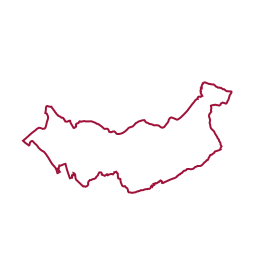 outline of Buchin, Caras-Severin, Romania, rotated 200°
{"feature_id": "2599482B78488778616963", "entity_name": "Buchin", "entity_type": "district", "adm_level": 2, "iso_a3": "ROU", "parent_name": "Romania", "parent_adm1": "Caras-Severin", "projection": "orthographic", "projection_center": [22.172, 45.329], "detail": "fine", "context": "isolated", "style": "outline", "palette": "rose", "viewbox_px": 256, "rotation_deg": 200, "n_neighbors": 0, "source": "geoboundaries", "source_scale": "gbopen_adm2", "svg_char_len": 5623}
<svg xmlns="http://www.w3.org/2000/svg" viewBox="0 0 256 256"><g transform="rotate(200 128 128)"><path d="M222.3,80.1L218.8,78.7L217.0,78.3L215.2,77.7L214.8,78.3L215.1,80.8L214.5,82.3L213.7,83.0L213.0,83.0L210.5,81.7L207.9,80.6L207.1,80.2L205.6,79.0L203.0,77.8L200.9,77.2L198.8,76.9L196.4,75.5L192.5,72.7L189.8,70.4L186.9,68.2L182.7,65.9L180.7,63.9L178.9,61.5L178.1,62.2L178.3,62.5L177.1,63.5L180.1,65.8L179.3,66.4L179.5,66.7L179.6,68.9L179.7,69.3L179.2,69.4L178.8,69.4L178.5,69.5L176.1,71.8L174.5,72.9L170.8,67.5L169.9,66.6L169.6,66.0L165.9,61.5L165.8,61.3L165.3,60.9L164.8,61.3L164.5,61.7L163.6,62.1L164.4,64.3L164.3,64.8L163.5,64.7L162.9,65.0L163.2,65.4L163.5,66.7L163.7,67.0L163.3,67.0L162.5,66.7L161.7,66.0L160.2,63.0L159.6,62.2L158.9,61.6L150.2,57.8L149.8,58.1L149.3,58.0L148.6,58.4L147.8,58.3L146.7,59.3L146.1,60.7L146.1,61.2L146.2,61.8L146.6,62.3L146.8,63.9L146.8,64.2L146.3,65.2L146.1,66.0L145.4,66.2L144.6,66.7L144.4,66.9L144.0,67.6L142.3,68.7L142.0,69.1L141.6,69.4L141.3,69.7L141.2,70.1L141.2,70.8L140.9,71.6L140.4,72.5L140.2,73.1L140.1,73.4L140.1,74.8L139.9,75.6L139.9,76.0L139.6,76.6L138.2,77.0L137.9,77.0L136.7,75.9L136.6,75.2L134.4,75.2L133.5,75.1L133.1,75.8L132.4,76.4L132.3,77.0L132.2,77.1L131.8,77.4L131.5,77.4L131.0,76.8L130.8,76.7L130.1,77.6L128.5,78.8L127.7,79.2L126.3,79.3L126.2,79.8L125.5,81.1L125.7,81.8L124.9,82.2L124.0,82.9L122.8,81.9L122.2,81.8L121.9,81.5L121.1,79.3L120.0,77.4L119.6,77.3L118.4,77.5L117.6,77.4L117.4,77.0L117.3,76.3L117.0,75.8L116.5,75.2L116.1,74.4L113.7,71.8L112.5,71.5L112.0,71.7L111.2,72.3L110.9,72.3L109.8,71.4L109.2,71.4L108.2,71.1L107.8,70.8L106.8,69.6L106.2,68.4L105.3,67.8L104.6,68.1L101.9,68.5L98.8,70.3L98.0,71.2L97.1,71.9L96.6,72.0L96.4,72.3L96.2,72.5L95.5,72.9L94.9,73.6L94.8,73.9L94.3,74.1L94.0,74.1L93.1,74.5L92.3,75.0L91.3,76.0L88.8,77.4L88.7,77.3L88.2,77.7L87.1,78.1L86.9,78.3L86.4,79.3L86.2,79.9L86.4,81.0L86.1,81.8L85.5,81.5L85.6,81.8L85.3,81.9L85.3,82.2L85.1,82.3L85.0,82.1L84.8,82.2L83.7,83.8L84.1,84.2L84.5,83.6L85.0,84.1L84.4,84.7L84.0,84.9L83.2,85.6L82.7,85.8L82.4,85.7L81.9,86.2L81.3,87.0L80.8,87.6L80.8,87.9L80.5,88.0L80.2,88.2L80.2,88.3L80.6,88.0L80.1,88.7L79.9,89.2L79.6,89.8L79.3,89.8L79.3,89.6L78.8,89.7L78.7,89.5L78.1,89.4L78.2,89.2L77.7,88.9L77.5,88.7L76.8,88.4L76.9,88.1L76.5,88.1L76.2,88.3L75.2,89.5L71.7,92.9L70.6,94.0L66.8,97.2L65.6,98.5L65.6,99.1L64.8,100.5L64.5,100.7L64.4,101.3L63.8,101.9L63.7,102.1L63.2,102.3L63.1,102.5L63.1,103.1L62.9,103.3L61.9,104.3L61.6,105.3L61.4,105.6L61.4,105.8L60.9,106.7L60.7,106.8L60.4,107.2L60.1,107.3L59.2,107.9L58.5,109.6L56.7,110.4L54.9,110.7L54.2,111.0L53.5,111.5L52.6,112.2L52.3,112.7L52.0,113.5L51.6,114.3L50.6,115.0L49.8,115.8L49.7,116.1L47.1,117.0L46.0,118.1L44.9,120.5L44.6,121.5L43.8,122.7L43.2,123.8L43.1,124.6L42.7,124.9L42.2,125.1L42.1,125.3L41.9,126.6L42.0,127.8L41.7,128.5L41.5,130.6L41.4,130.8L40.2,131.5L39.5,132.8L38.5,134.1L38.4,134.4L38.4,135.4L38.1,135.8L34.9,138.2L33.7,139.5L33.9,139.6L34.2,140.6L33.8,142.7L35.3,144.0L36.2,145.8L37.9,146.9L38.5,148.0L40.7,149.4L41.1,150.2L42.2,150.9L44.5,152.7L45.9,154.2L49.6,155.9L50.6,156.8L51.8,159.0L53.1,160.8L53.5,163.5L55.9,166.7L56.3,168.6L55.3,171.8L56.1,172.9L56.3,173.8L56.3,174.6L56.4,175.1L57.7,177.3L56.8,178.1L54.9,179.1L54.1,179.7L49.9,180.3L49.0,181.6L49.1,182.3L48.9,183.0L47.7,184.3L44.3,184.4L43.8,185.0L43.7,186.7L43.3,189.1L43.6,193.7L42.9,196.5L43.2,197.5L43.3,197.6L44.7,197.3L46.9,196.6L47.9,196.4L48.6,196.5L51.2,197.3L51.9,196.9L53.0,197.2L54.1,197.3L54.3,197.5L54.7,197.3L55.9,197.3L56.8,196.8L57.4,196.7L58.0,197.0L59.4,197.0L60.3,197.4L61.2,197.9L62.6,198.2L63.7,197.7L66.1,197.4L66.7,197.1L71.0,197.2L71.8,197.0L72.0,196.8L72.5,196.0L73.0,195.7L72.8,195.0L73.2,193.6L73.0,192.6L72.3,190.6L72.7,190.6L73.1,191.3L73.1,190.9L73.3,190.5L72.8,189.8L72.8,189.2L72.6,188.8L72.6,187.6L72.3,187.4L72.2,187.2L71.9,187.2L71.7,185.8L71.0,185.1L70.3,184.7L70.1,184.3L69.2,183.6L69.8,183.2L69.8,182.8L70.4,182.1L70.8,182.2L71.3,181.9L72.0,181.8L72.7,181.1L72.7,180.5L72.9,179.9L72.5,179.3L72.9,179.2L73.0,178.9L73.7,178.0L74.4,176.7L74.8,174.9L75.6,172.9L78.3,164.1L80.0,160.2L81.8,156.4L83.6,153.6L84.7,152.6L85.8,152.6L88.0,152.8L90.3,152.8L91.0,152.7L92.0,151.7L92.5,149.8L92.3,148.3L92.5,146.8L94.4,141.2L95.1,140.5L96.2,139.9L97.9,140.1L99.7,140.8L101.8,140.5L103.1,140.0L104.3,139.4L106.6,139.6L107.6,139.5L108.4,139.3L109.4,139.2L111.3,139.6L112.6,139.4L113.6,139.8L115.2,141.0L117.2,140.1L120.3,137.7L121.2,136.4L122.3,135.3L123.6,132.0L124.1,131.1L127.3,128.5L127.8,127.6L128.1,126.6L129.6,123.8L131.3,121.5L132.9,120.2L134.4,119.3L136.1,118.7L137.1,118.8L138.4,119.7L139.9,120.1L141.1,119.4L142.4,118.3L144.3,118.0L146.1,119.9L146.9,120.2L147.7,120.1L149.4,119.2L150.3,119.2L153.2,120.4L156.8,121.4L157.9,121.5L159.0,121.3L160.1,121.7L164.6,121.8L169.7,119.8L171.2,119.6L172.7,118.9L174.3,117.8L175.1,117.9L175.8,117.7L176.1,116.8L176.2,115.8L177.7,114.6L177.9,113.9L178.2,113.6L178.2,113.3L177.4,112.2L177.3,111.5L177.9,110.8L178.2,110.0L178.5,109.7L179.2,109.5L183.3,112.9L183.8,113.4L184.8,114.9L185.6,114.4L185.9,114.6L187.5,113.0L189.2,112.7L190.3,113.9L190.9,114.0L191.3,114.4L191.3,114.6L191.8,114.9L192.0,114.9L192.5,115.3L193.4,115.2L194.1,114.9L195.4,115.5L197.7,115.6L198.5,116.2L199.4,116.4L201.3,117.7L201.8,117.9L202.9,118.8L205.5,120.5L206.5,121.0L207.2,121.8L209.0,121.2L211.5,121.0L212.0,120.5L212.1,119.8L212.0,118.8L211.3,116.7L210.8,113.7L210.4,113.7L209.8,113.8L209.2,113.7L207.3,111.7L206.5,110.1L206.3,108.1L206.3,106.1L205.9,103.1L205.7,100.1L206.3,98.8L208.1,98.0L210.2,98.1L211.7,97.8L213.2,96.2L214.2,94.2L216.8,90.2L220.5,83.2L222.3,80.1Z" fill="none" stroke="#9f1239" stroke-width="2"/></g></svg>